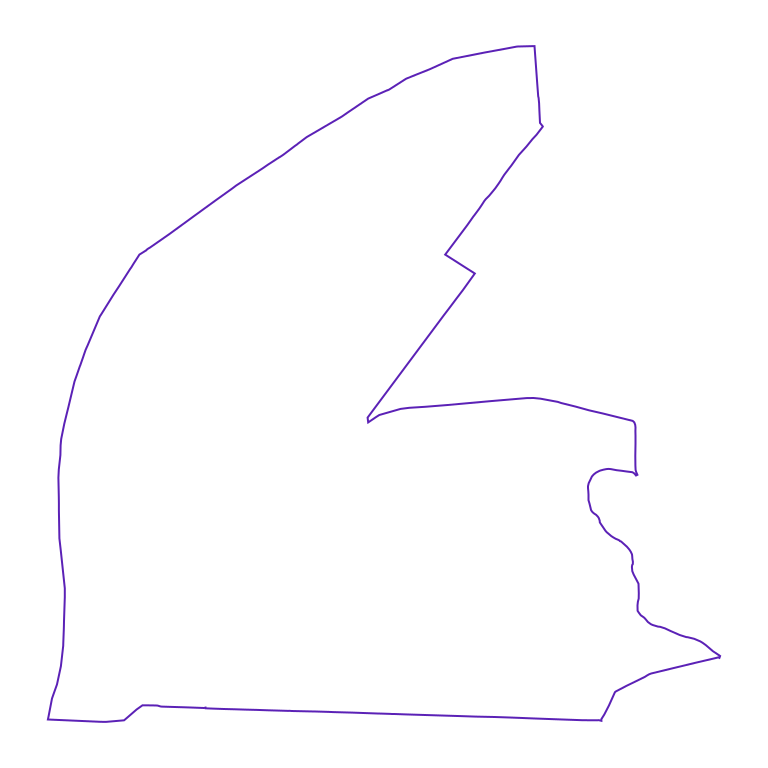 outline of I.C.Bratianu, Tulcea, Romania
{"feature_id": "2599482B65427489105353", "entity_name": "I.C.Bratianu", "entity_type": "district", "adm_level": 2, "iso_a3": "ROU", "parent_name": "Romania", "parent_adm1": "Tulcea", "projection": "equal_earth", "projection_center": [28.083, 45.4], "detail": "fine", "context": "isolated", "style": "outline", "palette": "violet", "viewbox_px": 768, "rotation_deg": 0, "n_neighbors": 0, "source": "geoboundaries", "source_scale": "gbopen_adm2", "svg_char_len": 3938}
<svg xmlns="http://www.w3.org/2000/svg" viewBox="0 0 768 768"><path d="M47.9,719.5L100.4,721.8L105.7,721.9L122.0,720.5L124.1,720.3L128.3,716.7L136.6,709.5L142.5,705.3L152.4,705.4L156.3,705.5L157.7,705.6L160.3,706.4L161.5,706.6L184.6,707.3L190.6,707.5L203.9,708.0L205.5,707.6L205.6,708.3L207.8,708.4L212.6,708.6L223.8,709.0L235.4,709.3L238.5,709.4L244.9,709.6L256.7,709.9L268.2,710.3L275.5,710.5L288.9,710.9L289.3,710.8L291.7,711.0L309.9,711.4L315.6,711.5L328.9,711.9L333.6,712.1L340.8,712.3L344.3,712.4L352.1,712.6L377.3,713.5L381.4,713.6L390.5,713.9L391.8,714.0L394.4,714.0L405.5,714.4L460.7,716.1L475.6,716.6L494.6,717.0L509.5,717.5L520.0,717.9L532.2,718.4L554.1,719.2L582.3,720.2L596.1,720.3L598.9,720.2L601.4,720.8L601.4,719.1L604.3,714.5L609.0,705.4L614.7,692.7L615.2,691.9L616.1,691.3L626.4,685.9L645.0,676.8L647.0,675.5L649.1,674.3L651.2,673.5L672.2,668.4L695.8,662.7L715.5,658.1L718.2,657.4L719.4,657.9L720.1,656.0L712.9,651.2L705.8,645.1L702.6,642.8L700.3,641.4L694.2,638.8L687.6,637.2L686.3,637.1L679.7,635.0L670.8,631.1L664.6,628.2L664.1,628.1L660.1,626.8L658.0,626.6L652.7,625.0L650.9,624.2L647.9,622.0L645.5,619.1L644.4,617.9L643.7,617.3L640.8,615.3L638.7,612.5L637.6,610.8L637.5,605.4L637.9,601.7L638.7,598.6L638.8,593.4L638.6,586.7L638.5,583.8L638.3,583.3L633.7,574.6L632.3,571.2L631.9,566.9L632.2,565.0L632.8,564.1L632.9,561.7L632.4,559.1L632.2,556.1L632.0,554.4L630.8,551.8L629.3,549.5L627.0,546.8L621.1,541.5L619.9,541.1L619.5,540.5L617.7,539.6L615.7,538.8L613.3,537.4L611.3,536.1L609.2,534.3L606.7,532.2L605.4,530.7L600.4,523.3L599.8,522.3L599.7,520.7L598.8,518.1L597.9,516.7L596.1,514.8L594.5,513.8L593.6,513.1L592.7,512.3L591.9,511.4L591.0,509.9L590.6,508.1L589.5,503.6L588.5,500.2L588.5,494.6L588.3,491.2L588.0,488.1L588.0,486.2L588.7,483.2L590.5,479.5L591.9,476.5L593.8,474.4L596.1,472.6L599.2,471.0L600.1,470.6L603.4,469.7L606.3,469.1L608.5,468.9L610.8,469.1L616.6,470.2L621.8,470.8L626.7,471.5L632.3,472.2L633.6,472.9L634.8,474.0L636.0,475.5L636.6,475.2L637.4,474.8L636.2,472.1L635.6,470.0L635.4,465.6L635.3,455.8L635.5,443.7L635.5,435.8L635.4,431.0L635.5,427.4L635.2,424.8L634.3,422.4L633.5,421.6L632.7,420.9L615.0,416.5L602.9,413.5L589.0,410.3L575.6,406.6L570.0,405.2L561.1,403.0L557.9,401.9L540.6,398.7L533.6,398.0L526.5,398.1L520.5,398.6L490.9,401.1L447.7,405.0L425.1,406.8L409.3,407.8L400.6,408.9L379.3,415.0L376.0,417.1L368.2,422.4L367.6,417.6L443.8,315.3L450.2,306.9L456.5,298.5L462.9,290.1L474.8,273.5L445.2,254.6L467.3,225.1L473.5,216.3L474.1,215.6L479.3,208.6L481.8,204.9L484.3,201.0L485.8,199.1L489.1,195.8L492.1,192.2L495.3,188.3L498.7,183.5L500.7,180.5L502.3,177.8L504.3,174.7L509.1,168.4L511.3,165.6L518.9,154.9L526.5,146.5L532.4,139.2L536.5,134.8L542.8,126.6L542.5,126.0L540.0,122.9L539.4,110.8L539.1,103.3L538.6,97.9L538.2,96.3L537.3,84.5L534.5,46.1L529.9,46.2L517.9,46.5L516.7,46.6L506.1,48.6L484.8,52.5L452.7,58.8L429.6,69.3L416.3,74.6L406.4,78.6L405.5,79.1L389.1,89.6L387.6,90.3L387.3,90.2L387.0,90.4L368.2,98.6L348.0,112.3L341.8,116.6L306.7,137.1L298.3,143.4L297.0,144.5L295.1,145.8L283.5,154.6L281.9,155.7L279.6,157.2L279.4,157.2L278.8,157.6L277.5,158.5L276.9,158.8L276.2,159.3L267.9,164.7L262.7,168.3L236.2,185.5L232.5,188.3L215.6,200.4L193.3,216.6L169.6,233.9L149.5,247.9L149.2,248.0L147.9,248.8L146.6,249.8L146.4,250.2L139.4,254.6L137.3,257.9L133.8,263.3L133.5,263.8L133.0,264.6L131.3,267.4L130.2,268.9L118.9,286.5L113.6,294.5L100.8,315.0L99.9,316.3L87.7,345.2L86.8,347.2L86.6,347.5L86.5,347.8L86.3,348.4L85.9,349.2L85.7,349.6L83.9,354.8L83.1,357.2L81.8,360.9L80.2,365.5L79.9,366.1L76.5,375.9L74.5,381.5L71.3,394.9L69.8,401.2L68.4,407.1L66.9,413.1L64.3,423.7L61.2,439.0L60.6,445.4L60.4,455.1L58.8,469.5L58.4,477.7L58.8,496.4L58.9,503.5L58.9,510.7L59.4,538.4L60.8,550.7L64.8,588.3L64.8,597.2L64.0,621.2L63.9,626.2L63.8,629.6L63.3,642.6L63.2,646.2L63.1,646.7L62.0,656.5L60.9,666.2L57.0,684.4L54.5,691.4L52.0,698.5L48.5,716.7L47.9,719.5Z" fill="none" stroke="#5b21b6" stroke-width="2"/></svg>